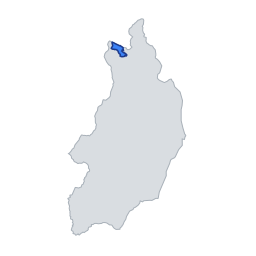 location of Choibalsan, Dornod, Mongolia, rotated 273°
{"feature_id": "93677404B46281126061299", "entity_name": "Choibalsan", "entity_type": "district", "adm_level": 2, "iso_a3": "MNG", "parent_name": "Mongolia", "parent_adm1": "Dornod", "projection": "albers", "projection_center": [115.229, 48.891], "detail": "fine", "context": "in_parent", "style": "filled", "palette": "blue", "viewbox_px": 256, "rotation_deg": 273, "n_neighbors": 0, "source": "geoboundaries", "source_scale": "gbopen_adm2", "svg_char_len": 5024}
<svg xmlns="http://www.w3.org/2000/svg" viewBox="0 0 256 256"><g transform="rotate(273 128 128)"><path d="M19.8,78.6L20.5,78.9L22.0,78.4L22.6,77.2L23.2,76.7L26.2,77.4L27.3,78.2L27.8,77.5L28.1,77.5L28.6,78.4L29.3,78.3L29.9,78.2L30.6,77.4L31.5,77.9L33.6,77.4L34.1,75.6L34.9,75.3L36.6,75.5L37.0,74.7L37.4,74.6L38.6,74.7L40.8,74.4L41.7,74.6L42.6,74.0L44.7,73.5L47.3,73.7L47.7,73.3L50.5,72.3L53.0,73.0L54.1,71.7L54.6,71.7L55.7,74.0L56.5,74.0L57.0,73.4L58.0,73.7L58.1,75.1L58.5,75.7L65.8,78.4L65.9,78.9L65.5,81.9L66.4,83.7L66.6,84.4L68.7,84.8L69.6,86.2L71.4,86.6L72.2,87.2L74.2,86.6L74.6,86.7L75.0,87.4L76.0,87.2L77.4,88.6L78.7,88.8L79.2,89.3L80.0,89.2L81.7,89.9L82.8,91.8L83.9,91.9L85.3,91.2L85.8,90.6L87.6,90.6L88.8,90.1L89.6,89.6L91.0,87.6L91.8,85.2L91.0,84.7L90.4,83.7L90.3,82.4L90.4,81.5L89.9,79.9L90.1,79.3L90.9,78.2L91.5,76.4L92.4,75.5L93.7,75.2L93.9,74.5L95.0,73.2L97.0,72.8L98.4,71.4L99.3,69.9L100.0,70.9L102.2,72.6L104.0,73.5L105.1,75.0L108.5,76.0L113.8,79.9L115.1,80.0L118.4,81.8L118.6,82.2L118.2,84.4L118.4,85.0L118.1,87.3L118.6,88.6L118.1,89.9L118.4,90.4L119.2,90.8L120.4,92.4L123.4,93.9L124.2,95.0L126.3,96.0L127.5,95.8L129.3,96.3L130.0,96.2L131.3,95.3L132.1,95.1L136.4,94.8L137.6,94.2L138.4,94.2L141.6,95.3L143.8,96.6L147.1,96.9L148.5,98.3L149.0,99.5L150.2,100.7L154.7,101.6L154.9,101.9L154.6,104.3L154.8,104.7L157.5,107.7L158.9,108.6L163.1,108.8L169.6,111.0L171.2,110.6L172.5,111.5L173.1,111.5L177.5,109.5L178.1,109.7L182.6,109.0L185.5,108.0L187.6,108.2L189.3,107.2L190.1,105.4L192.9,103.2L197.9,100.5L200.9,101.0L202.6,102.0L204.4,104.0L205.5,104.5L207.4,104.7L210.2,103.3L211.7,103.6L213.1,104.2L214.0,105.2L209.7,115.6L209.6,116.2L208.2,118.4L208.0,121.8L206.2,123.1L206.4,125.0L206.9,125.8L208.9,127.7L209.5,127.4L210.1,126.6L211.2,125.9L213.2,126.1L214.9,125.7L217.1,126.3L219.2,127.9L222.0,124.3L224.6,123.7L227.1,124.1L229.1,126.4L231.4,127.4L232.0,128.7L233.0,129.2L233.3,129.9L236.2,132.4L236.8,134.2L237.7,135.4L237.7,136.7L237.6,137.4L236.5,138.1L232.5,138.0L230.2,136.9L229.3,137.6L226.3,137.5L224.6,138.1L223.5,138.6L222.8,139.5L222.3,139.7L221.8,139.7L220.9,139.0L220.1,139.1L219.9,139.2L219.4,141.4L216.8,141.5L216.0,141.3L213.8,142.3L213.5,143.2L212.4,144.4L211.3,146.6L211.5,147.5L211.2,148.1L209.3,149.4L207.5,151.1L203.6,151.9L201.8,152.0L200.5,151.5L199.2,151.8L198.1,153.8L195.6,156.2L191.8,158.5L185.3,156.9L184.5,156.5L183.2,154.9L179.4,154.7L178.2,155.7L177.2,157.1L175.3,161.9L176.7,164.7L178.4,166.5L179.0,167.8L179.0,168.9L177.7,169.3L176.0,171.0L171.7,172.4L166.7,178.1L158.2,181.0L153.1,180.8L149.2,180.1L138.1,180.7L130.7,182.9L125.1,184.9L123.8,186.0L123.2,186.1L122.4,185.5L119.5,184.9L119.9,182.7L113.5,183.1L109.0,179.7L102.1,176.9L100.8,176.1L98.9,172.7L97.8,172.1L94.7,171.4L86.5,168.4L82.3,168.7L65.7,162.6L59.4,161.8L59.2,161.5L59.2,159.5L57.1,156.0L56.9,155.2L57.0,154.0L56.2,147.6L55.0,146.4L55.8,144.0L53.5,143.6L51.3,142.0L49.3,139.6L48.5,138.0L46.8,137.2L45.3,134.3L44.4,133.6L39.5,131.1L36.8,130.6L34.2,129.1L31.1,128.0L30.2,127.2L29.3,127.0L27.8,125.4L26.5,125.2L26.1,121.4L27.1,119.5L28.1,118.5L30.1,117.1L30.3,116.4L30.3,114.6L32.0,111.9L32.4,110.0L32.2,107.7L31.4,106.8L30.8,103.5L31.1,101.2L30.9,99.5L29.7,98.0L29.7,96.6L29.2,96.3L28.8,96.6L27.8,96.5L27.2,95.3L27.0,94.2L26.5,93.8L25.5,93.5L24.5,93.6L23.6,93.0L23.0,91.9L21.3,89.7L21.6,88.8L21.5,88.0L20.9,87.6L20.4,86.6L18.6,85.0L18.7,84.5L19.7,83.7L18.5,82.3L18.3,81.2L19.5,80.4L19.5,79.4L19.8,78.6Z" fill="#d9dde1" stroke="#a8b0b8" stroke-width="1"/><path d="M208.0,118.9L208.7,117.8L209.9,115.8L209.7,115.3L210.4,113.7L211.3,111.5L211.8,110.4L212.3,109.4L212.9,107.8L212.3,107.5L211.5,107.8L210.4,108.1L209.6,108.4L209.1,108.3L208.3,108.0L207.7,107.5L207.0,107.2L206.7,107.1L206.5,107.3L206.4,107.4L206.4,107.5L206.2,107.8L206.2,108.0L206.0,108.3L205.9,108.4L205.9,108.6L205.9,108.9L205.9,109.0L205.9,109.5L205.9,109.8L205.8,110.0L205.8,110.3L205.8,110.5L205.7,110.6L205.8,110.7L205.8,110.8L205.7,110.9L205.7,111.0L205.7,111.3L205.7,111.5L205.7,112.0L205.5,112.3L205.4,112.6L205.3,112.8L205.2,113.0L205.1,113.3L204.9,113.3L204.0,114.2L203.1,114.4L202.7,114.7L202.4,114.8L201.8,115.3L201.2,116.4L199.8,116.4L199.5,116.3L199.3,116.7L199.2,117.2L199.0,117.3L198.9,117.5L198.9,118.7L199.1,119.9L199.4,120.8L199.4,121.0L200.2,121.1L200.1,121.7L200.0,122.2L199.9,122.5L200.5,122.8L200.7,123.0L200.8,123.0L200.8,122.9L201.0,122.7L201.2,122.4L201.3,122.4L201.4,122.2L201.5,122.1L201.8,122.1L201.9,121.9L202.0,121.9L202.1,121.7L202.2,121.4L202.3,121.4L202.2,121.4L202.3,121.3L202.3,121.2L202.5,121.1L202.7,120.9L202.6,120.7L202.7,120.4L202.8,120.3L202.8,120.2L202.8,120.3L202.8,120.2L202.9,119.9L203.0,119.9L203.0,119.7L203.3,119.6L203.3,119.4L203.4,119.2L203.5,119.1L203.6,118.9L203.7,118.7L203.8,118.7L204.0,118.4L204.1,118.2L204.3,118.1L204.5,118.1L204.8,118.0L204.8,117.9L205.0,118.0L205.3,118.1L205.5,118.1L205.6,118.3L205.6,118.5L205.6,118.8L205.5,119.0L205.5,118.9L205.6,119.0L205.5,119.3L205.8,119.2L206.5,119.1L207.2,118.9L207.9,118.9L208.0,118.9Z" fill="#3b82f6" stroke="#1e3a8a" stroke-width="1.5"/></g></svg>